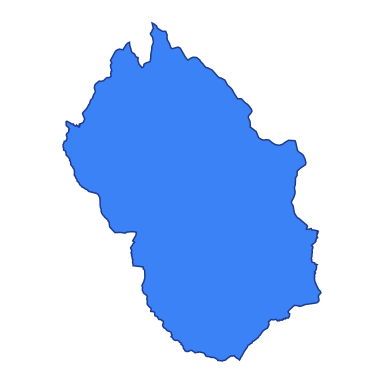 Lunca Ilvei, Bistrita-Nasaud, Romania (Mercator projection)
{"feature_id": "2599482B66912585754157", "entity_name": "Lunca Ilvei", "entity_type": "district", "adm_level": 2, "iso_a3": "ROU", "parent_name": "Romania", "parent_adm1": "Bistrita-Nasaud", "projection": "mercator", "projection_center": [25.011, 47.358], "detail": "fine", "context": "isolated", "style": "filled", "palette": "blue", "viewbox_px": 384, "rotation_deg": 0, "n_neighbors": 0, "source": "geoboundaries", "source_scale": "gbopen_adm2", "svg_char_len": 5943}
<svg xmlns="http://www.w3.org/2000/svg" viewBox="0 0 384 384"><path d="M317.2,230.7L313.6,230.0L312.0,230.0L311.2,228.5L308.7,229.2L306.5,229.4L306.8,227.5L307.0,227.5L307.5,226.6L307.0,225.4L298.9,218.4L297.5,217.8L295.6,215.2L294.3,212.8L293.3,206.9L292.8,205.2L291.5,203.1L291.5,201.5L293.6,197.7L294.9,194.0L295.1,191.8L294.4,187.6L295.3,184.6L295.5,178.1L297.1,175.2L297.1,172.0L297.4,170.9L300.2,168.3L305.5,164.7L305.9,162.6L305.0,159.1L303.3,155.4L301.9,154.0L298.7,151.8L297.5,150.5L295.8,142.7L295.0,140.7L288.5,140.3L285.1,142.3L282.5,144.3L279.2,145.3L275.7,144.7L274.6,144.2L271.7,142.4L269.2,140.1L266.5,139.7L263.5,140.1L261.5,139.5L258.6,137.7L256.2,131.6L250.2,127.0L250.4,125.6L250.0,121.3L248.6,118.4L248.3,117.3L248.3,116.6L248.7,115.6L250.7,113.4L251.9,111.5L251.6,109.8L250.8,108.4L248.0,104.8L244.8,102.5L241.8,99.1L240.6,98.7L237.6,98.8L233.5,92.3L232.6,90.2L230.7,87.9L227.6,85.3L224.9,80.1L221.4,78.2L218.6,77.4L212.2,70.1L207.9,67.9L205.6,67.4L202.6,63.5L200.2,61.1L199.9,60.1L196.6,57.5L193.2,57.2L190.7,58.2L188.2,60.0L187.5,59.9L185.2,56.8L180.4,48.4L179.4,47.7L177.9,47.1L172.6,48.6L171.3,48.4L169.8,45.0L169.6,43.8L167.4,40.0L166.9,36.9L167.2,35.1L165.7,31.3L162.3,31.3L157.3,28.1L156.6,26.0L154.0,24.0L152.1,23.0L153.3,28.4L152.8,29.4L152.4,29.7L152.2,30.5L151.5,32.1L150.4,33.3L150.7,34.7L152.2,36.6L152.6,37.7L153.4,41.6L153.2,43.2L151.9,46.3L151.7,49.9L150.9,53.8L150.7,55.6L150.9,57.3L150.1,61.3L149.1,62.0L146.6,62.7L144.2,64.0L143.9,64.6L143.7,66.4L143.1,67.1L142.0,67.7L138.7,63.7L138.6,62.3L137.9,61.4L137.9,60.8L138.1,57.6L136.1,57.0L134.4,53.8L132.2,52.6L131.3,51.0L130.7,48.3L129.8,45.6L129.5,42.2L127.4,43.3L126.2,44.7L123.0,49.8L119.3,49.1L116.7,50.2L115.4,51.3L110.5,60.4L111.8,63.1L110.5,64.8L110.5,66.0L110.9,67.8L111.8,71.0L111.0,71.5L110.7,74.0L111.2,76.2L109.1,77.7L107.4,77.5L106.2,78.1L103.4,80.8L100.8,81.3L99.1,81.1L95.1,84.5L94.3,87.9L95.1,90.4L95.3,91.8L95.0,92.7L93.6,94.7L92.4,98.4L90.6,100.2L89.2,104.6L88.8,104.6L86.9,108.3L82.9,112.6L82.5,113.6L84.2,117.9L84.8,118.9L83.3,122.1L83.0,122.6L81.0,123.6L79.6,124.0L80.0,124.9L79.0,125.3L79.6,126.4L79.6,126.9L78.5,127.0L76.5,125.0L75.8,126.2L73.4,125.0L73.6,124.3L73.2,123.9L72.1,124.0L70.6,123.7L70.6,123.1L66.8,121.2L66.1,121.7L66.2,125.2L66.5,125.8L68.0,127.0L68.3,127.7L69.3,128.8L68.7,130.0L68.9,130.8L68.6,132.1L66.9,133.4L66.5,134.3L66.3,135.2L67.0,137.0L67.0,138.7L66.1,140.5L66.1,140.8L64.2,141.4L63.8,143.2L63.1,144.4L63.2,147.3L63.7,147.9L63.5,149.2L63.8,150.2L64.5,150.4L65.7,151.4L66.3,155.3L68.3,157.0L69.9,159.6L69.6,160.1L70.6,162.0L70.7,164.2L71.3,165.5L72.8,167.0L73.2,168.2L73.8,168.6L74.5,171.1L74.3,175.1L74.6,175.8L75.3,176.1L75.6,177.5L76.9,179.4L77.1,181.1L78.7,182.5L79.9,184.9L80.7,185.4L82.1,187.1L83.9,187.8L84.9,188.8L87.0,189.5L88.7,191.4L96.8,193.5L98.3,194.7L99.7,197.4L100.0,199.3L100.2,206.0L100.5,207.6L101.2,209.3L101.1,211.3L101.9,213.5L103.7,216.0L104.3,216.3L104.7,217.2L107.7,219.8L108.2,221.2L109.1,222.2L109.7,227.0L114.9,232.6L120.9,232.4L124.6,233.1L125.9,232.8L126.9,232.1L131.6,231.7L133.7,231.7L136.3,232.3L136.0,235.1L132.7,240.9L134.6,242.2L132.9,244.0L132.2,245.5L130.6,247.6L130.8,248.8L131.7,250.0L131.7,251.1L131.2,252.0L131.1,252.7L131.2,253.3L131.9,253.6L131.9,254.2L131.6,254.4L131.6,255.8L132.1,256.9L132.4,259.3L132.9,259.6L132.5,262.0L133.1,264.6L133.1,265.7L143.1,266.9L143.2,268.8L143.8,269.1L144.7,270.6L144.9,277.6L143.8,281.7L142.0,285.3L142.0,286.1L142.6,287.3L142.3,289.1L142.4,290.3L143.7,293.2L146.3,295.2L147.3,296.3L146.8,299.3L147.4,301.2L147.1,302.9L147.3,304.5L149.1,306.7L151.2,308.4L150.7,311.4L153.6,311.7L154.6,312.5L154.8,315.6L157.4,316.9L158.8,319.5L160.4,319.4L161.3,319.7L161.5,320.4L163.2,321.0L163.5,323.7L162.8,324.0L162.6,325.5L163.6,327.6L165.3,328.4L167.1,330.6L171.0,332.1L171.2,332.6L171.3,334.0L172.1,335.1L171.0,336.7L172.5,337.7L173.3,339.3L173.9,339.8L175.4,340.4L177.2,340.3L178.2,340.6L178.9,341.0L179.6,342.2L181.1,343.0L181.3,343.5L181.0,344.3L182.9,345.7L183.5,348.6L184.6,349.8L184.9,350.7L186.1,351.3L187.1,351.6L188.8,351.3L190.3,350.5L191.9,350.4L195.1,352.8L197.5,352.2L198.3,352.4L199.2,351.9L204.0,353.0L204.8,354.2L205.3,354.5L205.5,355.7L206.9,356.5L209.9,356.7L210.8,357.4L214.0,357.5L217.2,359.3L217.9,360.5L219.9,360.5L222.2,361.0L222.8,360.9L223.4,360.3L224.8,360.3L225.7,359.9L227.3,358.4L230.8,356.0L232.5,356.1L234.0,355.6L236.5,358.0L238.5,359.0L239.5,360.0L240.8,357.7L240.8,357.0L241.8,356.2L241.9,355.6L244.7,350.8L247.2,347.3L247.9,345.5L248.5,344.9L249.7,344.6L250.3,343.7L252.1,342.9L252.4,341.5L253.7,341.0L258.4,337.4L259.0,336.0L260.1,335.2L260.5,334.3L261.5,333.2L262.4,331.6L264.6,329.6L267.2,328.3L267.9,327.4L268.2,325.9L268.6,325.7L268.9,324.9L268.7,324.2L269.0,324.0L268.7,323.0L268.6,321.6L269.6,321.2L270.7,319.7L271.4,319.5L272.0,319.8L273.5,319.8L275.8,319.4L276.7,319.7L276.7,320.1L277.5,320.9L278.7,320.7L279.4,320.1L279.7,320.6L280.7,320.0L282.5,320.1L282.8,319.8L282.7,319.4L283.6,319.3L283.5,318.9L284.0,318.9L284.2,318.6L285.1,318.6L285.4,318.2L285.7,318.7L286.5,317.9L288.5,317.9L288.6,317.2L289.1,316.9L289.6,314.8L289.6,313.6L288.6,313.2L288.0,311.8L289.6,309.7L294.3,305.4L298.3,305.7L299.1,306.4L299.6,306.1L301.2,306.1L305.3,304.5L315.9,303.0L317.1,302.6L318.4,301.6L319.0,300.4L318.3,295.8L320.8,293.0L320.9,292.4L320.0,290.8L318.4,289.3L317.7,287.5L316.7,286.0L314.8,281.2L314.4,277.7L314.8,276.5L314.5,276.0L314.7,274.6L314.3,274.2L315.3,273.5L315.5,273.0L314.4,271.8L315.3,271.1L316.3,269.2L316.6,267.0L316.1,265.9L317.2,264.6L314.9,264.0L314.7,262.9L312.2,262.2L311.7,261.6L311.8,259.9L311.2,258.6L312.0,256.1L311.9,254.1L312.3,253.0L312.1,252.3L312.3,251.4L312.1,249.5L312.7,248.5L312.9,247.6L312.7,246.5L311.5,245.4L315.5,241.9L315.8,241.5L315.5,240.5L316.1,240.0L316.3,238.5L317.6,237.7L316.9,237.0L317.1,236.6L316.8,235.9L317.2,234.5L316.9,233.6L317.8,233.1L317.5,232.4L318.3,231.8L317.9,231.1L317.1,231.4L317.2,230.7Z" fill="#3b82f6" stroke="#1e3a8a" stroke-width="1.5"/></svg>